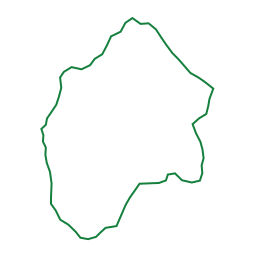 the district of São Lourenço, Minas Gerais, Brazil, rotated 88°
{"feature_id": "56859067B27474085083589", "entity_name": "São Lourenço", "entity_type": "district", "adm_level": 2, "iso_a3": "BRA", "parent_name": "Brazil", "parent_adm1": "Minas Gerais", "projection": "albers", "projection_center": [-45.035, -22.115], "detail": "fine", "context": "isolated", "style": "outline", "palette": "green", "viewbox_px": 256, "rotation_deg": 88, "n_neighbors": 0, "source": "geoboundaries", "source_scale": "gbopen_adm2", "svg_char_len": 974}
<svg xmlns="http://www.w3.org/2000/svg" viewBox="0 0 256 256"><g transform="rotate(88 128 128)"><path d="M69.7,190.2L75.2,194.1L85.5,193.3L94.2,195.9L102.3,198.9L110.5,204.8L115.6,208.6L121.9,210.0L125.9,214.6L132.4,212.8L138.5,213.5L144.6,210.8L152.1,211.5L160.0,210.4L169.1,207.5L180.8,206.3L193.6,207.3L201.1,207.6L208.0,203.1L217.3,198.9L222.5,191.0L229.9,183.9L236.0,179.4L237.7,171.7L235.7,163.8L231.5,159.2L227.0,153.9L225.6,142.9L204.7,133.0L197.5,128.5L184.1,118.4L184.0,98.9L181.7,91.9L175.9,89.8L175.0,82.6L182.1,75.9L184.7,66.1L183.1,58.0L175.7,55.3L167.9,55.7L160.8,53.5L152.1,54.3L144.3,56.1L135.9,60.1L126.4,63.3L120.8,56.6L116.7,49.3L108.8,47.0L101.9,45.6L91.6,41.4L84.9,49.3L80.4,55.3L75.2,63.7L68.0,69.5L61.0,75.2L54.6,81.1L46.0,87.0L39.2,91.3L30.3,96.7L24.1,103.8L24.4,111.8L18.3,119.8L22.8,126.9L31.5,132.0L35.8,141.7L44.9,146.3L53.4,151.2L57.7,158.8L63.9,163.7L67.7,172.4L65.2,182.3L69.7,190.2Z" fill="none" stroke="#15803d" stroke-width="2"/></g></svg>